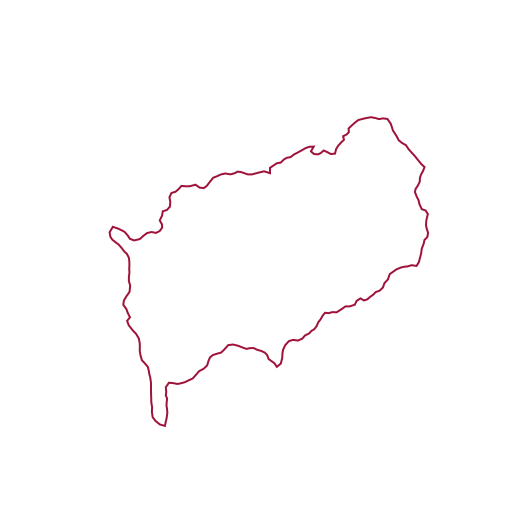 outline of Biquinhas, Minas Gerais, Brazil, rotated 132°
{"feature_id": "56859067B36439277401093", "entity_name": "Biquinhas", "entity_type": "district", "adm_level": 2, "iso_a3": "BRA", "parent_name": "Brazil", "parent_adm1": "Minas Gerais", "projection": "mercator", "projection_center": [-45.527, -18.765], "detail": "fine", "context": "isolated", "style": "outline", "palette": "rose", "viewbox_px": 512, "rotation_deg": 132, "n_neighbors": 0, "source": "geoboundaries", "source_scale": "gbopen_adm2", "svg_char_len": 3221}
<svg xmlns="http://www.w3.org/2000/svg" viewBox="0 0 512 512"><g transform="rotate(132 256 256)"><path d="M330.1,381.9L336.3,380.7L339.2,377.0L340.0,373.7L339.8,369.7L339.4,365.9L339.9,361.5L340.8,356.7L340.8,353.4L342.4,349.2L345.0,346.3L347.7,343.8L350.4,341.6L353.3,338.7L356.2,336.8L359.7,333.7L362.1,329.8L367.2,326.0L372.9,325.3L377.5,324.4L381.1,321.9L382.2,316.8L384.2,313.0L385.9,308.6L390.4,308.4L392.6,304.3L393.7,298.1L394.1,293.0L395.7,287.9L398.8,283.8L401.4,281.4L404.0,279.2L406.8,275.8L409.8,271.1L410.2,266.2L410.8,262.2L412.7,259.3L414.8,256.7L417.2,253.1L420.6,249.1L424.4,245.7L428.7,241.7L431.9,238.6L435.0,235.7L437.8,232.1L441.5,229.1L445.0,224.8L445.8,220.3L445.5,214.6L443.2,210.0L439.8,212.0L436.5,213.8L431.8,217.0L429.0,220.0L427.0,222.5L424.2,224.7L421.4,226.7L419.9,229.8L417.2,231.6L413.9,235.2L408.4,235.9L405.8,232.3L403.6,228.7L400.5,226.4L397.5,224.5L393.3,222.8L389.5,221.1L385.0,221.1L379.5,221.2L374.7,219.4L370.0,219.1L365.5,221.2L362.2,222.3L358.5,221.8L354.7,219.6L351.1,217.3L347.1,217.0L340.8,217.0L337.2,213.9L334.6,209.1L333.1,205.0L331.4,200.9L328.6,198.9L326.0,196.2L324.8,192.1L323.1,188.7L321.9,184.9L322.2,181.3L324.1,177.8L323.8,174.5L323.4,170.7L324.4,166.3L319.3,165.6L314.2,168.3L310.8,171.1L307.5,173.2L302.7,174.6L297.2,174.6L293.6,172.4L290.7,168.2L286.5,166.3L282.3,166.4L278.0,164.7L274.6,164.7L271.3,163.7L267.7,164.0L263.5,165.4L259.9,165.6L256.0,166.5L252.0,166.7L249.8,163.7L246.7,161.8L243.9,158.4L238.5,156.9L233.6,155.8L230.8,152.7L226.1,150.0L221.9,151.2L217.6,150.0L216.8,146.0L213.8,144.3L209.9,143.8L206.2,143.0L202.7,142.9L199.0,140.9L194.4,140.6L190.3,142.4L185.1,142.3L180.0,144.5L171.7,142.6L167.6,140.6L165.0,138.8L162.3,136.4L158.7,134.2L156.0,130.1L151.8,130.8L147.4,133.0L143.6,135.0L139.7,137.7L134.5,139.7L131.4,141.5L127.1,141.4L123.6,143.7L121.3,147.7L119.1,150.5L115.5,153.3L109.8,156.4L108.7,160.4L110.3,164.2L108.2,169.0L105.8,172.5L104.3,176.4L102.1,180.7L99.3,182.3L95.4,182.8L91.1,184.1L88.2,186.5L84.9,187.9L81.2,188.7L77.1,190.3L77.1,194.5L76.3,199.7L75.5,204.5L75.1,208.7L74.5,214.0L73.3,218.7L74.3,223.2L74.5,227.4L72.9,231.6L71.1,238.2L67.6,244.2L66.2,250.0L68.8,253.8L72.0,256.2L73.5,259.5L75.9,263.4L80.0,266.6L83.4,268.9L86.4,270.9L89.9,271.6L94.9,272.2L99.3,272.5L101.9,269.8L105.2,270.0L108.7,271.4L110.8,268.4L114.8,268.7L119.0,268.7L123.0,268.0L127.0,265.8L130.2,268.7L131.1,272.5L132.3,276.3L135.9,276.7L138.8,277.8L141.4,281.0L141.5,285.2L136.1,286.3L139.1,289.4L142.5,291.3L145.6,292.3L150.3,293.9L155.1,295.7L159.4,296.5L162.7,299.0L166.0,299.9L170.0,300.1L173.2,302.6L176.4,303.4L181.1,304.6L185.1,301.0L187.6,306.6L192.8,310.2L198.2,313.7L200.9,316.8L202.3,320.2L203.8,323.6L205.7,326.2L208.7,327.2L212.4,329.6L215.2,334.0L218.8,336.6L222.7,338.3L226.5,340.2L232.8,339.8L237.0,339.5L240.4,340.2L242.9,343.6L243.5,348.7L248.1,351.6L250.7,354.2L253.8,358.3L258.6,358.3L262.1,358.8L265.8,361.0L270.3,359.6L273.2,355.8L277.0,353.0L281.4,353.0L285.2,355.2L288.7,352.9L294.0,351.3L295.4,347.1L297.7,344.7L302.0,344.3L305.8,345.8L308.0,349.6L311.8,352.3L316.4,353.2L321.2,353.7L326.0,357.0L327.6,361.2L326.6,365.0L326.0,369.9L326.9,373.4L327.9,376.8L330.1,381.9Z" fill="none" stroke="#9f1239" stroke-width="2"/></g></svg>